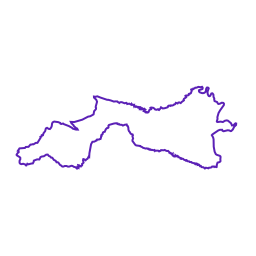 the district of Maisa-Phoka, Leribe, Lesotho, rotated 98°
{"feature_id": "5366337B86145787410070", "entity_name": "Maisa-Phoka", "entity_type": "district", "adm_level": 2, "iso_a3": "LSO", "parent_name": "Lesotho", "parent_adm1": "Leribe", "projection": "mercator", "projection_center": [28.2, -28.776], "detail": "fine", "context": "isolated", "style": "outline", "palette": "violet", "viewbox_px": 256, "rotation_deg": 98, "n_neighbors": 0, "source": "geoboundaries", "source_scale": "gbopen_adm2", "svg_char_len": 5865}
<svg xmlns="http://www.w3.org/2000/svg" viewBox="0 0 256 256"><g transform="rotate(98 128 128)"><path d="M175.9,172.2L174.7,172.8L173.5,172.8L173.5,172.0L174.0,171.4L173.7,171.4L171.7,172.1L171.8,171.0L172.6,170.0L172.6,169.4L172.2,169.4L171.5,168.3L171.0,168.2L170.0,168.5L168.7,167.3L168.3,167.2L166.2,168.1L165.0,167.9L165.0,167.4L165.9,165.5L164.9,164.9L164.1,163.8L161.8,163.0L162.1,162.4L158.3,162.7L149.2,162.3L146.6,161.3L146.2,159.5L144.7,157.3L144.0,157.4L143.7,157.0L143.5,155.2L142.7,154.1L142.7,153.7L141.1,153.4L139.7,153.5L139.4,153.0L138.5,153.3L137.6,152.3L136.0,152.2L135.4,151.6L135.0,150.5L132.3,149.8L131.0,148.8L130.9,148.0L130.2,147.4L128.4,147.7L127.6,147.2L125.5,142.5L124.9,140.2L124.9,139.1L125.5,139.0L125.7,137.6L125.4,137.3L125.9,136.4L125.7,134.6L126.3,133.4L125.3,131.8L124.7,129.8L125.9,129.2L126.2,128.4L127.7,127.7L129.7,127.3L131.1,126.5L131.5,125.9L133.1,124.7L133.6,123.8L133.7,122.6L134.5,122.1L135.4,122.5L137.7,121.5L139.1,121.9L140.2,121.8L143.6,118.5L144.1,117.5L144.1,113.6L144.3,113.6L145.0,111.2L145.5,110.4L145.9,107.6L145.5,106.5L145.8,105.9L145.6,104.7L146.0,104.2L146.3,104.3L146.5,103.5L146.5,102.9L146.1,102.8L146.5,101.4L146.3,100.9L146.5,99.7L146.1,98.9L147.0,98.2L146.5,97.8L146.6,97.5L146.3,95.3L146.3,94.7L146.8,94.0L146.4,93.7L146.1,92.6L145.3,92.2L145.1,89.5L144.6,88.6L145.3,86.9L145.3,85.9L145.1,85.1L146.2,83.7L146.7,83.6L146.7,82.7L147.0,82.6L146.9,82.1L147.1,81.7L147.8,81.4L148.0,80.9L147.3,80.2L149.0,80.0L149.2,79.7L149.2,78.9L149.8,78.4L149.7,77.5L149.3,77.3L149.3,77.0L148.5,77.1L148.9,76.5L148.6,75.5L149.0,74.6L149.4,74.7L149.5,74.2L149.9,74.0L149.8,73.5L150.2,72.8L150.4,71.5L151.1,71.5L151.2,70.6L150.8,70.0L150.9,69.1L151.7,68.0L151.9,67.0L151.6,65.6L151.9,65.2L152.3,65.4L152.3,64.9L152.6,64.5L152.6,62.6L153.1,62.1L152.9,60.5L153.4,60.1L153.7,57.9L153.6,57.6L154.5,56.3L154.3,56.1L153.7,56.2L153.6,55.1L153.7,54.8L154.2,54.7L154.2,53.6L154.9,53.7L154.6,52.6L155.4,51.8L155.2,51.7L155.5,51.4L155.4,50.6L156.5,49.8L156.4,47.8L157.4,46.2L156.5,45.4L156.7,42.7L156.1,42.4L155.7,40.7L155.3,39.8L154.5,39.4L154.2,38.1L154.2,37.6L154.6,37.2L154.1,36.6L154.5,35.2L154.3,34.8L151.8,34.9L149.8,34.5L149.1,32.8L148.4,32.0L147.9,31.8L146.1,32.2L143.9,32.3L143.3,32.5L142.8,33.2L142.2,36.3L141.7,37.4L139.4,38.9L134.6,40.5L127.2,41.7L125.5,42.4L123.4,44.0L122.5,43.4L117.8,38.2L117.0,36.7L116.7,34.5L117.6,34.0L117.9,32.8L116.4,29.1L116.3,27.6L116.8,25.8L116.6,25.3L114.9,24.0L112.0,23.0L110.0,21.4L108.5,21.5L108.4,22.2L108.8,22.6L110.6,23.9L111.0,25.4L109.0,26.6L106.9,29.9L106.7,31.2L107.3,33.0L108.9,34.9L108.8,37.2L109.6,40.0L109.5,40.7L109.0,41.0L106.6,40.6L104.8,41.0L100.5,40.4L97.6,39.2L92.0,36.3L90.7,36.3L89.9,37.0L89.9,38.6L91.2,40.5L91.6,41.8L91.3,42.4L89.9,43.4L89.3,46.0L87.8,46.6L86.7,46.7L85.4,47.6L83.0,48.1L82.0,49.1L81.9,49.5L82.3,50.3L84.5,51.0L85.0,51.4L85.2,51.8L85.0,52.6L83.7,53.6L81.8,54.2L80.5,54.2L77.5,53.6L77.2,53.8L76.8,54.6L77.0,55.5L78.0,56.0L81.2,56.1L82.5,57.2L83.1,58.6L83.1,60.0L82.6,62.1L81.8,62.8L80.8,63.0L80.5,62.7L79.1,59.8L78.1,59.6L77.5,59.8L76.9,60.4L77.5,61.8L77.5,64.1L78.5,65.7L78.7,67.0L79.5,67.6L79.9,68.8L80.3,68.7L80.7,69.1L81.1,69.7L80.8,70.3L81.1,70.8L82.5,70.1L84.8,70.6L85.4,71.3L85.4,71.9L85.8,72.5L86.7,72.4L87.3,73.0L87.8,75.2L88.1,75.6L88.7,75.3L88.9,74.7L89.4,74.6L91.3,76.6L92.2,76.9L92.9,76.5L94.8,78.5L96.0,79.3L95.5,80.9L95.8,81.7L96.8,82.3L96.4,84.1L97.9,84.7L98.3,85.7L98.9,86.0L99.6,87.3L99.6,88.6L100.2,88.9L100.0,89.7L100.2,90.7L100.9,91.0L100.9,91.4L102.0,91.7L103.3,94.4L103.8,96.3L102.9,98.2L104.3,98.7L105.9,99.8L105.7,100.5L105.2,100.9L106.0,102.4L105.9,103.7L105.1,104.6L104.5,105.8L104.5,108.0L104.9,108.5L105.7,107.6L106.1,107.6L106.9,109.2L109.6,110.0L110.1,111.1L110.1,111.6L109.5,111.8L109.5,112.2L110.0,112.9L109.4,113.5L109.1,114.7L108.6,114.4L107.6,114.8L107.4,114.1L107.6,113.6L107.4,113.4L106.6,114.6L107.4,115.8L106.7,116.4L107.6,117.1L107.4,117.5L107.6,117.9L107.2,118.0L106.9,117.6L107.1,117.0L106.8,117.0L105.7,118.5L105.9,118.8L106.5,118.6L106.4,118.1L106.6,118.0L107.5,119.1L106.8,119.3L106.3,120.2L105.7,120.0L105.7,121.5L106.1,121.5L105.5,122.7L106.0,123.2L105.1,124.5L105.8,124.9L104.6,125.5L104.2,125.4L104.5,126.9L103.6,127.8L104.5,128.1L103.7,130.1L104.4,132.1L103.8,132.4L103.3,133.2L104.0,134.8L103.3,137.7L103.4,138.7L103.8,139.5L104.4,140.1L104.0,140.5L103.8,141.5L103.2,142.2L103.4,144.3L103.8,145.6L103.1,149.0L102.8,151.7L103.0,152.5L101.7,159.5L100.9,162.7L101.6,164.7L101.6,166.1L102.6,165.9L104.4,163.4L106.3,162.3L110.9,162.9L111.9,162.9L112.6,162.4L113.8,162.4L116.1,163.9L119.3,164.0L121.6,167.0L122.3,169.1L126.1,174.4L129.6,182.1L129.9,185.5L131.1,184.7L132.9,182.3L133.8,181.7L135.4,179.2L135.6,178.3L136.6,177.6L136.8,179.4L136.3,182.6L135.6,183.5L134.3,186.9L133.1,192.1L132.6,192.9L133.3,194.7L133.1,195.5L132.4,195.9L131.9,197.9L131.9,202.0L132.9,203.4L134.1,203.8L136.8,203.8L138.3,204.2L139.9,205.2L139.9,206.5L139.1,208.2L139.9,209.3L142.6,209.6L145.1,211.0L146.9,211.2L147.1,212.4L148.3,212.4L148.9,213.5L149.8,213.2L155.3,215.6L155.6,217.3L157.3,219.3L157.3,220.2L157.8,221.1L158.0,222.3L160.5,223.9L161.0,226.6L162.1,227.3L163.3,232.6L166.0,233.9L166.2,233.1L167.2,232.9L168.0,233.7L169.8,234.6L170.3,234.5L170.7,234.0L171.9,231.2L172.5,230.5L174.0,230.3L175.4,230.8L176.7,230.7L177.6,230.5L178.2,230.0L178.6,229.0L178.6,228.3L178.0,226.9L178.5,224.3L179.2,224.0L179.2,223.4L177.4,222.7L177.8,221.5L176.7,218.9L176.3,217.3L174.6,216.7L173.4,216.7L171.7,213.6L171.5,211.4L169.0,210.6L168.3,209.5L167.7,207.4L165.8,205.3L165.5,203.8L166.7,202.5L167.1,201.0L168.0,200.1L168.0,198.8L169.9,197.0L170.5,195.1L171.9,194.0L171.7,193.2L171.9,192.2L174.0,190.2L174.4,189.0L175.1,188.2L175.3,187.4L175.1,186.4L174.4,185.3L174.2,183.5L174.6,182.1L174.4,180.9L173.3,178.8L173.3,177.7L174.0,176.2L174.0,175.2L174.9,173.2L175.9,172.2Z" fill="none" stroke="#5b21b6" stroke-width="2"/></g></svg>